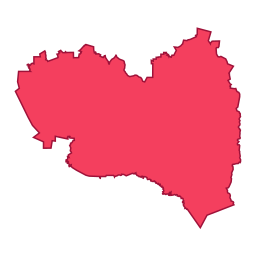 the district of Waipa District, Waikato, New Zealand
{"feature_id": "76426892B28277932455235", "entity_name": "Waipa District", "entity_type": "district", "adm_level": 2, "iso_a3": "NZL", "parent_name": "New Zealand", "parent_adm1": "Waikato", "projection": "natural_earth1", "projection_center": [175.411, -37.984], "detail": "fine", "context": "isolated", "style": "filled", "palette": "rose", "viewbox_px": 256, "rotation_deg": 0, "n_neighbors": 0, "source": "geoboundaries", "source_scale": "gbopen_adm2", "svg_char_len": 5719}
<svg xmlns="http://www.w3.org/2000/svg" viewBox="0 0 256 256"><path d="M116.3,55.4L116.0,55.2L115.1,56.7L113.8,58.2L111.7,59.4L109.7,62.1L109.3,64.0L108.9,64.0L108.4,62.6L108.4,61.6L107.5,60.6L105.5,57.5L105.2,55.6L104.3,55.8L103.5,57.4L102.9,57.0L102.5,57.4L100.0,56.1L100.6,54.9L98.7,53.8L95.8,54.0L95.6,53.3L96.0,53.0L95.6,52.1L94.4,52.8L93.7,49.9L93.6,46.8L86.2,44.6L86.1,44.9L85.4,44.7L84.3,45.9L84.1,45.7L80.5,49.7L79.0,50.8L81.5,51.6L81.1,52.8L80.7,52.6L80.0,54.1L79.2,54.1L78.6,57.6L73.5,57.7L73.4,52.4L65.9,52.5L65.9,52.1L65.5,51.8L65.4,52.3L65.7,52.6L62.9,52.7L61.4,51.2L61.2,51.3L60.7,50.4L58.6,51.5L59.6,52.7L58.8,53.1L58.7,53.8L57.0,54.2L57.5,55.0L57.7,56.0L58.0,56.2L58.0,57.6L47.8,61.4L47.5,60.5L45.7,59.7L46.2,58.6L45.8,57.5L45.9,55.4L45.4,53.8L45.5,52.4L44.8,50.9L39.8,54.0L40.3,56.8L33.9,56.8L33.9,63.8L32.3,63.2L31.0,64.0L30.9,64.5L30.1,65.3L28.5,64.2L27.3,64.6L27.3,64.9L28.0,64.8L27.8,65.1L28.2,65.2L29.1,66.3L29.1,66.7L28.9,66.7L29.1,67.2L28.7,67.2L29.1,67.6L28.9,68.1L29.9,68.9L30.0,69.7L29.7,70.0L30.0,70.6L29.8,71.1L30.2,71.4L18.6,71.4L17.6,81.7L19.3,88.3L15.4,91.3L28.2,117.4L32.5,125.4L39.4,132.9L33.5,137.4L43.5,141.8L43.5,148.2L51.0,148.1L52.2,140.7L55.3,141.1L55.3,136.3L67.9,139.0L67.9,138.2L67.4,137.7L67.6,136.9L68.0,136.4L68.4,136.6L69.4,136.3L69.7,136.4L69.3,136.7L69.4,137.5L70.0,138.0L74.2,138.3L74.3,140.4L73.2,140.4L72.1,142.4L71.4,143.0L70.6,143.2L70.5,144.8L69.7,145.3L70.8,148.0L70.3,150.8L71.3,152.1L71.5,152.9L68.3,155.0L68.2,155.8L68.9,157.3L67.6,156.9L67.8,157.9L67.6,159.0L67.2,159.5L66.1,159.9L66.0,161.8L66.3,161.9L67.2,160.9L68.0,161.3L68.1,161.9L67.6,162.4L67.4,163.3L67.7,163.4L68.4,162.7L68.4,163.6L69.5,164.6L69.5,165.0L68.9,165.8L69.3,166.6L69.8,166.5L70.1,165.3L71.2,164.8L71.0,166.1L72.2,167.5L76.5,170.2L85.9,175.2L89.2,176.1L99.9,176.5L99.7,177.8L100.3,178.1L100.4,176.5L105.7,176.5L106.3,175.4L113.5,175.4L114.2,176.1L114.5,177.0L114.8,176.5L117.5,175.6L118.2,175.0L119.8,175.0L120.6,175.4L121.3,175.2L122.1,174.5L122.0,174.3L123.9,174.5L126.2,175.8L132.4,173.3L133.6,173.8L134.1,173.4L134.9,173.9L135.2,173.2L135.6,173.0L135.4,173.7L136.4,174.1L136.9,175.4L138.7,176.1L139.1,176.7L140.1,176.5L140.5,177.0L141.2,177.1L141.7,176.3L142.2,176.2L143.4,176.8L143.6,177.4L142.8,177.9L143.3,178.2L143.7,177.5L143.9,176.6L145.3,176.7L147.0,177.6L147.1,178.7L147.6,179.5L149.7,179.2L150.9,179.8L151.0,180.4L150.6,180.5L150.7,180.9L151.5,181.0L152.1,181.4L153.3,181.5L154.0,181.0L154.6,181.0L154.9,181.7L156.0,181.9L155.4,182.1L156.1,182.5L155.9,183.1L157.7,183.6L158.2,183.5L158.1,184.3L159.0,184.5L159.5,185.2L159.9,184.7L159.7,184.2L160.2,184.2L160.4,185.7L161.1,186.5L161.4,186.8L161.9,186.4L162.1,187.2L163.1,187.4L163.0,187.8L163.4,188.4L162.9,189.0L163.4,189.3L163.8,190.9L163.5,191.7L162.8,191.8L163.4,193.3L162.6,193.5L162.7,194.0L163.9,194.1L164.7,193.8L165.9,194.5L166.6,194.0L168.6,194.0L169.1,194.2L168.5,194.8L168.7,195.2L169.9,195.4L170.5,194.8L169.3,193.0L170.0,192.2L170.5,192.3L170.6,192.8L170.9,192.5L170.7,193.8L171.1,194.3L171.3,195.3L173.3,195.0L174.4,194.5L175.9,195.2L176.3,194.6L177.2,194.8L177.7,195.6L177.5,196.0L179.2,196.5L179.7,196.0L180.5,196.5L180.9,197.2L181.2,198.5L182.4,198.2L183.0,198.5L183.2,200.1L183.5,200.8L183.8,201.0L183.5,201.6L182.7,201.6L182.5,202.0L182.7,202.7L183.4,202.5L184.1,203.0L184.0,203.7L183.3,204.9L183.7,205.3L184.0,206.3L185.2,207.7L185.0,208.3L185.7,208.1L186.7,209.3L187.3,209.1L200.3,227.7L207.0,215.2L233.9,204.8L233.2,203.8L233.6,202.6L233.4,202.0L232.5,201.4L231.1,201.0L230.9,199.7L229.9,197.7L230.3,195.8L229.9,194.2L229.4,193.6L227.7,192.8L227.4,191.7L227.5,190.4L226.3,188.2L228.2,187.8L229.0,186.8L231.1,182.0L231.5,178.6L230.9,177.7L231.9,174.6L231.6,173.0L233.1,169.5L233.0,167.0L232.7,166.1L232.3,166.0L232.3,164.9L233.1,164.2L233.8,164.3L236.4,163.6L238.2,163.5L239.3,162.2L240.1,162.6L240.5,161.8L240.6,159.7L239.7,157.8L240.2,156.2L239.6,152.7L239.7,151.6L239.2,150.3L239.7,145.6L239.2,144.8L237.6,144.8L237.4,144.0L237.5,143.3L238.9,141.6L237.5,140.5L237.5,139.7L238.2,139.1L239.9,138.6L240.2,138.0L239.7,136.2L240.0,133.4L239.9,132.3L240.4,130.1L240.2,129.8L239.5,129.4L239.6,128.6L238.5,127.6L238.4,126.8L239.9,124.9L239.9,123.5L239.5,122.7L239.4,121.8L240.0,120.7L239.1,119.1L239.6,117.9L240.4,116.7L240.5,116.3L240.1,115.4L240.3,114.0L240.0,113.3L239.6,113.3L239.3,112.1L239.1,111.8L236.9,110.8L236.2,108.4L237.8,107.0L239.7,96.8L239.7,94.1L238.8,92.4L237.1,91.6L236.5,90.6L235.8,88.5L234.5,88.7L230.3,88.1L230.5,86.6L229.9,86.1L231.2,84.5L230.1,83.9L228.0,80.4L230.2,79.1L229.3,74.5L229.5,74.0L228.9,73.2L233.4,66.2L227.6,63.8L227.1,61.8L225.7,58.9L220.9,56.4L219.4,57.0L217.9,56.6L216.5,54.0L216.1,48.5L216.5,47.6L218.2,47.6L218.9,46.5L219.5,41.0L212.1,41.2L211.5,42.0L211.0,42.3L210.6,43.1L210.3,43.1L210.3,43.6L208.3,40.8L210.9,31.9L197.3,28.3L197.2,34.7L195.6,35.4L196.3,36.7L190.5,39.3L188.8,39.8L188.2,39.7L187.0,40.6L183.6,40.2L182.6,44.0L182.4,44.0L180.7,45.9L178.0,47.4L174.3,47.0L176.3,50.4L173.8,55.3L172.0,55.2L171.2,57.2L170.5,57.0L169.4,56.1L169.2,56.3L169.0,56.1L168.9,56.4L168.8,56.1L168.4,56.1L168.2,55.9L168.5,55.5L167.9,55.1L168.2,55.0L168.2,54.8L167.7,54.9L168.1,54.5L167.4,54.4L167.0,53.6L166.0,53.5L166.3,53.2L165.9,53.0L166.1,52.5L163.7,52.5L163.7,54.2L160.9,54.2L160.9,56.9L158.2,57.0L158.2,57.4L156.2,57.3L156.2,59.1L153.2,59.0L153.2,61.1L151.3,60.3L151.4,63.7L152.8,63.8L152.7,77.4L147.1,77.4L144.7,81.9L142.7,81.3L141.7,78.7L140.7,77.5L139.0,77.0L136.8,75.3L135.0,75.1L133.7,75.8L129.7,76.6L127.6,75.5L126.5,73.7L125.7,73.0L125.1,71.7L124.1,70.6L124.0,69.6L124.7,68.0L124.7,67.0L125.0,65.2L124.9,64.2L124.3,63.2L124.4,62.5L124.0,61.2L123.0,60.5L119.5,59.2L118.7,58.6L116.3,56.5L116.1,55.9L116.3,55.4Z" fill="#f43f5e" stroke="#9f1239" stroke-width="1.5"/></svg>